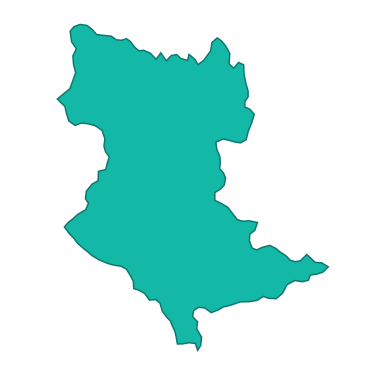 Marilac, Minas Gerais, Brazil (Robinson projection), rotated 5°
{"feature_id": "56859067B78611277191853", "entity_name": "Marilac", "entity_type": "district", "adm_level": 2, "iso_a3": "BRA", "parent_name": "Brazil", "parent_adm1": "Minas Gerais", "projection": "robinson", "projection_center": [-42.067, -18.5], "detail": "fine", "context": "isolated", "style": "filled", "palette": "teal", "viewbox_px": 384, "rotation_deg": 5, "n_neighbors": 0, "source": "geoboundaries", "source_scale": "gbopen_adm2", "svg_char_len": 2272}
<svg xmlns="http://www.w3.org/2000/svg" viewBox="0 0 384 384"><g transform="rotate(5 192 192)"><path d="M211.4,349.2L214.0,344.3L214.2,335.8L208.6,327.9L208.8,320.8L203.4,316.0L204.0,310.0L208.6,306.3L214.8,306.4L221.7,310.5L228.3,307.2L233.5,303.6L238.6,302.1L244.0,299.8L249.7,297.2L258.4,296.3L266.3,294.3L272.2,289.8L277.4,291.2L285.1,291.0L291.0,285.1L294.8,275.9L302.3,271.2L309.7,271.8L315.6,269.8L317.2,264.4L323.6,262.9L329.5,260.3L334.3,254.7L327.2,251.2L320.8,251.4L315.9,247.4L311.8,244.3L305.9,251.1L301.0,252.4L295.8,251.4L291.3,247.4L285.3,244.3L280.4,240.9L274.1,238.4L266.4,241.2L261.5,244.1L256.8,242.6L253.5,235.8L253.2,229.0L257.9,224.7L259.9,216.7L251.9,215.7L244.8,216.7L239.4,215.5L234.3,209.9L228.8,204.0L222.5,201.0L215.5,198.3L214.8,190.7L220.1,186.6L223.5,182.3L224.3,175.3L221.7,170.3L217.6,166.5L217.6,160.3L216.8,154.6L213.0,147.3L211.4,140.3L218.4,136.5L224.5,137.3L230.4,138.5L236.1,138.8L241.4,135.2L242.7,126.9L245.3,118.4L247.3,109.2L242.4,104.5L237.3,102.8L236.8,97.4L239.6,92.2L239.1,86.6L236.0,78.6L233.5,69.7L232.4,60.8L227.1,58.9L222.7,65.0L217.8,61.2L217.6,50.8L212.9,43.7L208.1,38.8L203.7,36.3L198.8,41.4L198.3,49.9L195.3,54.6L192.2,59.9L186.8,64.7L183.2,59.4L177.0,55.2L176.2,61.4L169.1,59.9L164.9,56.5L159.6,57.8L154.9,63.6L148.8,56.1L144.7,62.9L138.3,57.3L131.4,55.0L126.7,56.1L121.8,52.3L117.7,47.6L113.4,45.0L108.5,47.0L103.4,47.0L98.0,43.8L91.5,43.7L83.3,43.5L78.5,38.8L72.8,35.2L65.9,34.8L60.0,37.6L56.6,42.5L59.0,52.9L64.3,59.3L61.5,66.8L62.8,75.0L65.7,83.4L63.4,92.1L61.3,99.8L56.4,104.5L49.7,111.1L53.6,114.3L57.9,117.7L60.0,124.5L63.1,132.0L69.8,135.8L75.9,132.9L82.6,133.1L89.7,134.3L97.0,138.4L100.6,146.7L100.3,154.2L102.4,159.5L106.5,164.2L105.1,170.6L104.1,177.2L97.0,179.5L97.5,188.9L91.8,192.8L86.7,200.4L86.4,207.9L89.8,212.2L87.7,218.8L80.3,224.1L75.2,229.6L71.6,232.9L67.9,237.9L73.6,244.4L77.9,248.0L82.6,253.2L88.7,257.6L93.3,260.6L98.0,264.1L105.7,267.8L112.8,270.1L117.5,271.2L122.3,271.8L127.5,272.1L133.2,274.4L137.2,279.7L141.3,285.9L142.4,293.3L147.8,294.5L153.7,297.2L159.0,303.4L165.2,302.3L169.8,305.5L172.9,313.4L177.6,318.8L181.9,322.6L184.2,327.3L187.0,332.0L188.8,337.5L190.7,344.7L196.0,344.1L202.2,342.4L208.6,342.6L211.4,349.2Z" fill="#14b8a6" stroke="#0f766e" stroke-width="1.5"/></g></svg>